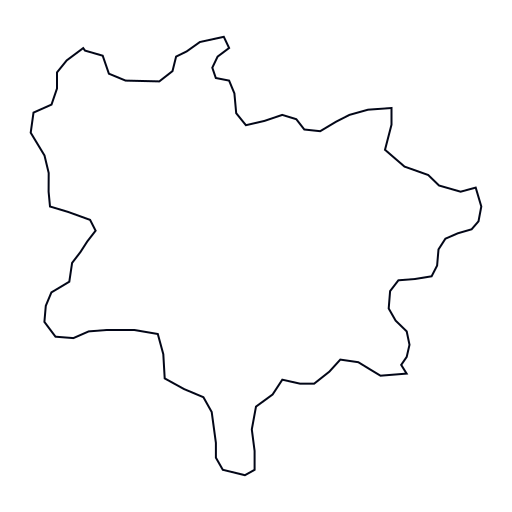 outline of Buyeo-gun, South Chungcheong, South Korea
{"feature_id": "91817680B35509676151777", "entity_name": "Buyeo-gun", "entity_type": "district", "adm_level": 2, "iso_a3": "KOR", "parent_name": "South Korea", "parent_adm1": "South Chungcheong", "projection": "robinson", "projection_center": [126.867, 36.225], "detail": "fine", "context": "isolated", "style": "outline", "palette": "ink", "viewbox_px": 512, "rotation_deg": 0, "n_neighbors": 0, "source": "geoboundaries", "source_scale": "gbopen_adm2", "svg_char_len": 1317}
<svg xmlns="http://www.w3.org/2000/svg" viewBox="0 0 512 512"><path d="M391.5,108.0L368.0,109.7L349.4,114.9L336.1,121.7L320.2,131.2L304.3,129.5L296.3,119.2L282.2,114.9L264.5,120.9L245.9,125.2L236.2,113.2L234.4,93.4L229.1,80.6L215.8,78.0L212.3,67.7L217.6,56.6L229.1,48.0L223.8,36.8L199.9,42.0L186.7,51.4L176.1,56.6L172.5,71.1L159.3,81.4L125.6,80.6L108.9,73.7L102.7,55.7L85.0,50.6L83.2,48.1L66.7,60.4L57.0,72.4L57.0,88.5L51.5,104.6L33.5,112.6L30.7,132.7L44.5,155.5L48.7,173.0L48.6,191.7L50.0,206.5L68.0,211.9L90.1,219.9L95.6,230.7L87.3,241.4L80.4,252.1L72.1,262.9L69.3,281.7L51.4,292.4L45.8,305.8L44.4,321.9L49.1,328.2L55.5,336.7L73.4,338.1L88.7,331.4L106.6,330.0L134.3,330.0L157.8,334.0L163.3,354.2L164.7,378.4L184.1,389.1L203.4,397.2L211.7,412.0L215.9,442.9L215.9,457.7L222.8,469.8L244.9,475.2L254.6,469.8L254.6,451.0L251.8,429.4L256.0,406.6L272.6,394.5L282.3,379.7L300.2,383.7L314.1,383.7L329.3,371.7L340.3,359.6L358.3,362.2L369.4,369.0L380.5,375.7L406.6,373.6L401.2,364.9L406.7,356.9L409.5,344.8L406.7,331.4L395.6,320.6L388.7,308.5L390.1,291.1L398.4,280.3L415.0,279.0L431.6,276.3L437.1,265.6L438.5,249.4L445.4,238.7L457.8,233.3L471.6,229.3L478.5,221.3L481.3,206.5L475.7,187.6L460.6,191.7L439.0,185.5L428.2,175.0L404.5,166.6L385.0,149.8L391.5,124.7L391.5,108.0Z" fill="none" stroke="#020617" stroke-width="2"/></svg>